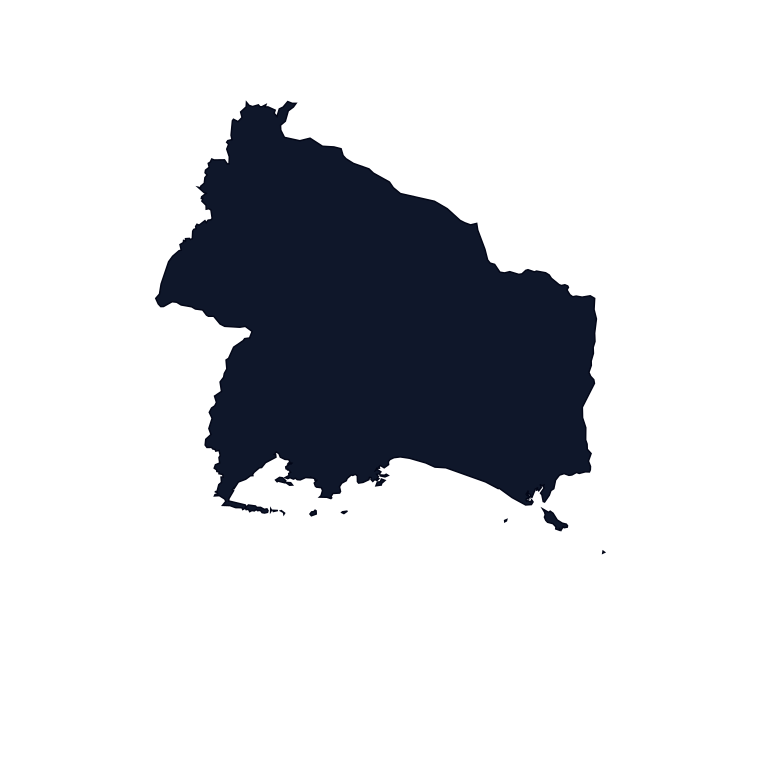 the district of Minahasa Tenggara, Sulawesi Utara, Indonesia, rotated 36°
{"feature_id": "22746128B38105670760260", "entity_name": "Minahasa Tenggara", "entity_type": "district", "adm_level": 2, "iso_a3": "IDN", "parent_name": "Indonesia", "parent_adm1": "Sulawesi Utara", "projection": "orthographic", "projection_center": [124.764, 0.982], "detail": "fine", "context": "isolated", "style": "filled", "palette": "ink", "viewbox_px": 768, "rotation_deg": 36, "n_neighbors": 0, "source": "geoboundaries", "source_scale": "gbopen_adm2", "svg_char_len": 6183}
<svg xmlns="http://www.w3.org/2000/svg" viewBox="0 0 768 768"><g transform="rotate(36 384 384)"><path d="M312.6,574.2L316.4,571.1L322.8,570.7L325.0,571.9L324.7,577.1L330.9,572.9L336.5,571.3L341.8,567.6L343.5,568.6L344.2,567.3L344.4,564.1L342.8,563.4L327.1,569.9L325.9,567.9L325.0,558.7L323.4,558.7L323.8,556.6L322.8,555.5L324.2,556.3L323.8,548.9L328.1,542.3L329.9,536.7L331.8,535.2L330.8,534.2L330.8,531.7L332.4,525.1L334.1,523.5L334.4,517.3L339.6,506.7L337.8,504.8L336.6,505.4L336.9,502.2L339.9,502.1L343.1,504.1L348.2,503.2L351.5,501.1L354.3,503.0L356.0,502.2L355.8,503.5L353.2,504.0L353.2,505.4L354.4,505.3L353.2,508.8L354.6,510.2L356.3,509.6L356.2,510.7L356.9,509.5L360.3,510.2L359.5,512.4L360.9,513.9L359.0,517.9L361.8,517.1L363.0,515.0L366.6,514.2L367.8,512.2L370.0,512.4L372.6,510.8L375.6,505.7L380.2,502.8L378.4,502.8L383.7,501.3L384.6,502.4L386.1,501.5L385.8,505.1L388.5,507.0L390.0,507.1L394.3,504.7L396.9,506.3L398.7,511.4L398.3,513.4L404.4,509.2L408.4,507.9L408.6,506.8L407.3,506.3L407.0,502.6L412.2,498.3L412.0,496.5L408.4,493.3L408.1,489.1L410.3,484.4L409.7,482.1L410.9,476.9L412.5,476.3L413.9,473.9L416.4,474.0L419.9,478.6L421.7,479.1L424.9,475.9L428.0,470.3L427.1,468.1L428.6,467.3L429.6,468.9L432.2,469.4L432.7,466.6L435.1,466.3L435.5,463.8L434.1,464.7L434.0,462.3L431.1,461.4L433.2,459.4L433.1,456.9L428.9,457.1L428.0,459.1L427.6,456.4L429.8,454.8L428.6,453.8L429.1,452.0L433.4,451.7L435.1,446.5L433.2,444.3L433.2,441.7L435.3,437.8L440.0,433.4L448.2,429.1L464.2,423.3L474.0,421.3L483.3,415.4L523.8,403.5L537.9,401.5L538.5,400.6L554.4,400.6L569.7,398.6L574.1,394.9L573.9,391.8L571.5,391.0L572.1,393.3L568.9,393.8L568.4,394.9L567.1,394.4L566.6,393.0L568.5,392.1L567.3,391.2L568.7,390.4L566.5,389.3L565.3,390.0L565.4,388.3L563.7,389.3L563.4,385.2L564.7,387.7L567.4,387.4L568.5,389.0L570.3,388.7L568.1,379.8L569.1,379.1L569.0,377.2L569.9,380.0L570.6,378.9L571.9,379.4L572.1,375.4L569.2,373.3L571.4,373.7L572.7,371.8L573.2,373.6L574.6,373.7L574.8,380.3L576.9,380.9L581.9,385.5L583.3,385.1L583.1,376.9L581.7,372.1L582.9,368.9L579.3,360.9L579.5,354.6L582.4,350.6L587.3,349.2L589.5,347.1L591.7,342.4L594.5,341.6L598.5,336.7L601.9,334.4L601.4,332.2L599.5,329.3L594.7,326.2L592.4,318.5L586.8,317.3L583.6,313.2L580.0,310.7L572.9,300.7L564.5,294.6L558.1,286.2L553.9,259.8L551.2,257.2L546.7,256.3L542.9,254.1L540.8,247.1L538.1,243.6L535.4,236.1L531.7,231.4L529.7,225.6L524.5,219.0L517.6,206.5L510.1,200.2L504.1,190.9L499.0,191.4L493.2,197.3L487.8,199.9L485.4,202.5L481.9,202.5L477.6,200.7L476.7,200.1L476.4,197.4L475.0,196.7L472.0,197.4L469.6,200.1L467.2,200.7L457.3,200.1L453.6,198.7L449.4,199.0L441.0,203.0L439.8,204.9L433.3,206.9L431.9,208.7L430.9,213.8L428.6,216.1L419.7,219.2L416.2,223.3L412.0,225.4L403.2,222.2L398.8,223.8L394.9,222.7L386.5,215.7L369.4,204.4L364.6,199.6L360.5,204.4L354.5,206.1L349.4,206.9L332.1,205.0L317.4,206.5L285.3,220.3L276.1,219.7L269.7,217.4L251.5,219.6L245.4,218.8L229.6,223.5L220.8,224.1L216.6,223.2L211.0,218.9L204.2,221.6L194.5,227.8L179.7,228.6L172.9,236.7L158.5,243.0L151.3,239.3L148.2,235.5L149.7,229.4L146.0,219.3L147.9,213.2L147.9,208.6L144.8,210.9L140.1,212.1L139.6,219.3L137.6,223.0L140.2,230.6L136.0,229.5L135.0,226.4L127.3,228.0L125.0,229.7L124.3,227.4L122.2,231.5L120.6,232.6L118.3,232.0L114.6,236.8L111.1,237.9L107.1,236.9L109.6,240.8L108.1,248.2L112.5,251.8L111.7,257.5L106.6,258.3L106.6,260.1L114.1,272.7L117.4,275.6L114.6,278.9L114.6,280.9L117.4,281.4L118.7,286.4L125.3,291.1L129.2,296.9L127.9,298.1L123.2,296.4L114.9,302.6L112.4,303.2L113.0,306.6L112.1,308.8L115.2,311.4L113.9,315.9L115.1,318.3L118.0,318.8L117.8,322.3L120.6,327.2L119.5,331.5L120.2,333.1L117.9,334.1L125.9,334.9L128.0,334.3L126.4,339.7L127.1,341.2L128.3,340.3L129.2,343.1L135.0,344.0L137.4,347.1L139.4,345.0L141.8,345.0L147.7,351.1L147.4,353.0L145.4,354.8L145.4,358.0L143.1,357.1L141.1,364.1L138.8,364.7L139.0,367.3L140.7,368.7L139.2,370.8L139.4,372.8L143.5,379.1L142.4,381.0L141.0,380.6L138.0,383.1L139.5,385.2L137.5,385.7L138.5,387.6L137.0,391.1L141.3,394.9L139.8,396.7L137.9,404.9L137.9,411.7L144.9,434.1L149.5,443.2L149.0,448.9L154.3,451.9L157.9,452.6L160.1,450.9L164.2,442.0L168.2,439.7L173.4,439.3L183.0,434.6L187.3,434.2L193.7,430.7L199.9,432.6L202.1,432.4L206.4,429.3L216.1,431.8L221.2,431.0L234.0,422.8L237.9,418.9L246.4,419.0L248.2,425.8L244.6,429.2L244.6,431.7L240.7,442.6L243.2,454.6L242.1,457.4L248.0,464.2L248.6,469.3L250.3,472.8L250.2,478.7L256.9,485.5L254.0,493.4L259.3,497.4L259.9,501.2L258.6,504.8L259.3,509.6L265.1,512.8L268.5,523.0L273.7,526.5L272.3,533.5L275.2,538.5L278.1,539.4L281.8,536.6L283.6,537.2L285.8,536.2L287.3,537.2L289.6,534.7L293.5,538.0L293.7,540.5L297.5,544.5L295.1,548.4L296.1,551.9L299.0,551.8L300.2,553.0L302.3,552.1L303.2,553.6L306.7,552.0L308.6,553.8L306.9,555.1L310.3,559.1L309.5,562.5L312.0,568.9L310.5,570.6L312.7,569.8L314.0,570.5L312.3,572.8L312.6,574.2ZM596.7,389.2L593.2,389.2L592.5,391.1L585.7,391.8L589.2,393.3L591.4,395.1L592.0,397.4L595.0,399.2L597.6,399.7L602.7,397.7L607.1,398.5L608.1,400.3L611.8,399.2L611.0,398.0L613.2,398.5L612.8,394.2L614.2,394.4L616.4,392.1L615.8,390.8L613.9,390.2L610.0,391.8L604.1,392.2L596.7,389.2ZM364.6,554.6L362.7,553.8L360.8,555.8L356.7,556.3L353.4,558.7L351.8,558.2L345.4,561.6L344.9,566.0L346.3,566.7L348.0,565.0L350.4,566.2L351.5,564.0L353.7,562.9L354.4,560.6L356.1,560.8L358.3,558.9L361.0,559.7L363.2,558.6L365.2,556.3L364.6,554.6ZM361.4,520.0L356.9,519.6L354.4,520.9L352.7,525.4L355.0,525.9L355.2,524.9L361.9,522.2L361.4,520.0ZM441.5,461.4L437.8,462.4L438.4,465.3L436.3,467.3L437.3,471.1L441.2,467.3L440.5,465.8L441.5,461.4ZM405.6,529.0L403.6,526.5L402.4,526.6L402.2,528.5L400.6,530.0L400.5,532.7L402.7,533.3L405.6,529.0ZM441.2,455.5L438.8,455.7L438.0,457.5L434.2,459.9L435.0,460.5L439.4,458.6L441.2,455.5ZM369.4,519.5L366.5,518.7L362.2,521.5L367.1,521.4L369.4,519.5ZM425.3,512.8L427.7,512.4L429.1,508.3L425.5,511.8L425.3,512.8ZM369.4,552.2L372.5,548.7L368.3,551.5L369.4,552.2ZM562.7,424.5L563.5,422.8L563.0,421.5L561.8,423.5L562.7,424.5ZM661.4,390.5L659.5,390.5L660.4,392.3L661.4,390.5ZM379.5,546.9L375.3,546.8L374.9,547.4L378.2,547.0L379.6,548.3L379.5,546.9ZM367.2,552.2L365.8,551.6L367.3,553.8L367.2,552.2Z" fill="#0f172a" stroke="#020617" stroke-width="1.5"/></g></svg>